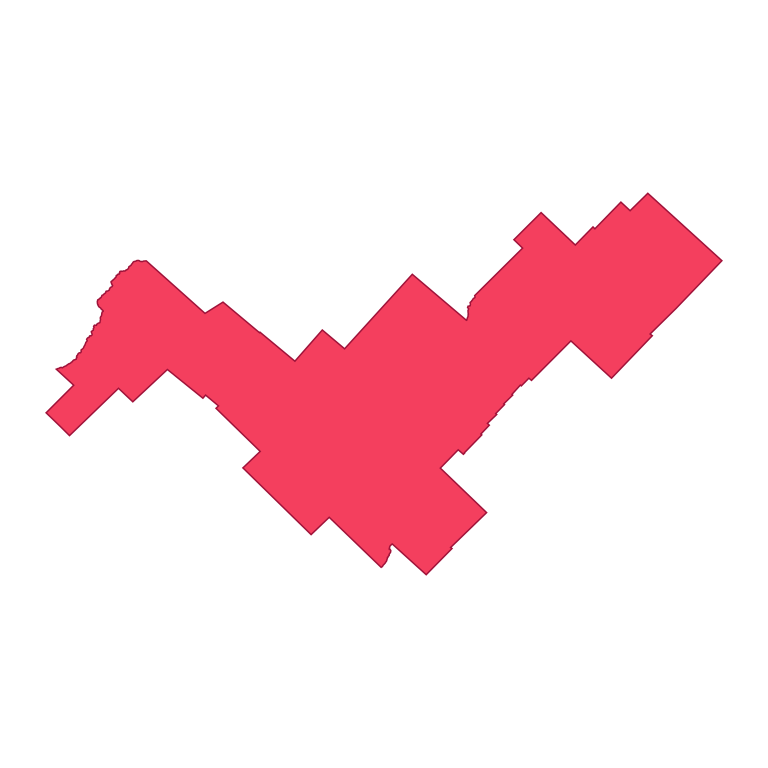 outline of Tapalqué, Buenos Aires, Argentina
{"feature_id": "61730980B32563213852789", "entity_name": "Tapalqué", "entity_type": "district", "adm_level": 2, "iso_a3": "ARG", "parent_name": "Argentina", "parent_adm1": "Buenos Aires", "projection": "robinson", "projection_center": [-60.563, -36.37], "detail": "fine", "context": "isolated", "style": "filled", "palette": "rose", "viewbox_px": 768, "rotation_deg": 0, "n_neighbors": 0, "source": "geoboundaries", "source_scale": "gbopen_adm2", "svg_char_len": 5855}
<svg xmlns="http://www.w3.org/2000/svg" viewBox="0 0 768 768"><path d="M647.8,193.3L630.1,210.7L620.9,202.1L594.9,228.8L593.0,226.9L575.3,245.0L541.1,212.6L513.9,239.7L522.6,248.1L474.7,295.6L474.9,296.0L474.9,296.3L474.9,296.9L475.0,297.2L474.9,297.6L474.2,298.1L473.8,298.2L473.3,298.5L472.5,299.9L471.6,300.9L471.5,301.3L471.3,301.6L470.7,301.9L470.4,302.2L470.1,302.6L470.3,303.4L470.3,303.9L470.4,304.4L470.4,304.7L470.3,305.0L470.2,305.6L469.9,305.9L469.2,305.9L468.7,306.2L468.4,306.3L468.1,306.2L467.6,307.3L467.6,307.7L467.9,307.9L468.3,308.2L468.6,308.7L468.4,309.7L468.1,310.1L468.0,310.5L468.0,310.9L468.1,312.2L468.1,312.7L468.1,313.1L468.3,313.6L468.4,314.1L468.2,314.3L468.1,314.7L468.1,315.1L468.1,316.0L468.1,316.3L467.8,317.0L467.7,317.2L467.3,318.1L467.0,319.2L466.8,319.8L466.8,320.1L466.6,320.2L466.4,320.3L412.3,274.3L344.6,348.8L322.3,330.0L294.9,361.2L260.0,332.2L259.5,332.7L223.0,302.1L205.0,313.4L146.3,260.9L145.6,260.9L145.2,261.0L143.9,261.0L142.5,261.5L142.1,261.6L141.7,261.5L140.8,261.5L140.4,261.4L139.9,261.2L139.6,261.0L139.3,260.7L138.8,260.5L138.4,260.5L137.1,260.5L136.7,260.6L136.3,260.8L135.9,261.2L134.1,261.5L133.7,261.7L133.3,262.0L133.0,262.3L132.7,262.8L132.6,263.1L132.3,263.5L131.4,264.4L131.1,265.2L130.8,265.5L130.6,265.7L129.6,266.2L129.1,266.6L128.8,266.9L128.7,267.3L128.6,268.1L128.3,268.6L127.3,269.5L126.9,269.7L126.0,270.0L125.8,270.4L125.1,270.9L124.7,271.0L123.6,270.9L123.3,271.0L122.9,271.2L121.9,271.4L121.5,271.3L121.1,271.1L120.9,271.2L120.7,271.4L120.4,271.3L119.9,271.5L119.8,272.1L119.6,272.2L119.5,272.4L119.6,272.6L119.5,273.1L119.6,273.6L119.4,273.7L119.4,273.9L119.2,274.1L118.9,274.0L118.6,274.0L118.4,274.2L118.1,274.2L117.8,274.3L117.5,274.9L117.3,275.1L117.0,275.1L116.8,275.3L116.4,275.4L116.2,275.7L116.1,276.2L116.2,276.6L116.2,276.8L115.6,277.5L115.0,278.0L114.8,278.2L114.7,278.5L114.4,278.8L113.8,279.3L113.4,279.6L113.2,279.7L112.8,280.3L112.3,280.6L112.2,280.8L111.3,281.4L111.1,281.6L111.0,282.0L111.3,282.9L111.6,283.2L111.6,283.8L111.8,284.2L112.0,284.3L112.2,285.1L112.4,285.2L112.6,285.6L112.5,285.8L112.2,286.5L111.9,286.8L111.0,287.1L110.5,287.5L110.2,287.6L109.8,288.6L109.5,288.9L109.5,289.1L109.4,289.5L109.3,290.0L108.9,290.3L107.9,290.9L107.2,291.2L106.4,291.1L106.0,291.3L105.9,291.5L105.8,292.4L105.6,292.8L105.1,293.2L104.8,293.5L104.4,293.6L104.0,294.0L103.4,294.7L103.0,295.0L102.2,295.2L101.9,295.5L101.7,296.2L101.5,296.7L100.9,297.7L100.5,297.8L100.3,298.0L100.0,298.1L99.9,298.5L99.0,299.0L98.9,299.2L98.7,299.5L98.2,299.6L97.7,299.9L97.6,300.2L97.6,300.6L97.3,301.5L97.3,302.1L97.4,302.3L97.4,302.5L97.4,303.3L97.5,303.6L97.6,304.2L97.8,304.6L98.1,304.8L98.1,305.3L98.1,305.6L98.5,306.0L98.7,306.5L98.8,306.7L99.8,307.5L100.4,307.8L100.8,308.3L101.2,309.1L101.6,309.2L101.8,309.4L102.0,309.8L102.2,310.0L102.5,310.1L103.0,310.6L103.2,311.0L103.2,311.3L103.0,311.5L102.5,311.8L102.2,312.0L102.1,312.3L102.0,312.5L102.0,312.8L101.8,313.4L101.7,314.4L101.7,314.7L101.6,315.0L101.5,315.6L101.4,315.9L100.7,316.8L100.4,317.3L100.3,318.1L100.5,319.7L100.2,320.7L100.1,321.8L99.9,322.6L99.7,322.8L98.9,323.0L98.2,323.2L97.3,323.9L97.0,324.1L96.7,324.3L96.6,324.7L96.4,325.3L95.7,325.4L95.2,325.2L94.9,325.2L94.6,325.3L94.4,325.2L94.0,325.7L93.6,326.5L93.8,326.8L94.0,327.0L94.0,327.3L94.0,327.6L93.8,327.9L93.4,328.4L93.3,328.6L93.3,329.0L93.4,329.8L93.3,330.1L92.1,331.0L91.8,331.2L91.5,331.3L91.3,331.5L91.3,331.9L91.4,332.3L91.8,333.2L91.9,333.6L92.1,334.1L92.1,334.7L91.8,335.2L91.4,335.6L91.1,335.8L90.7,335.9L90.2,335.7L89.7,335.9L89.4,336.3L89.3,336.8L89.3,337.0L89.0,337.4L88.7,337.5L88.4,337.5L88.1,337.6L87.5,338.1L87.2,338.4L86.7,339.2L86.6,339.5L86.7,339.8L87.0,340.2L87.2,340.4L87.2,340.8L86.7,341.5L86.0,342.2L85.8,342.5L85.7,343.0L85.5,343.4L85.4,343.8L85.0,344.7L84.9,345.1L84.6,345.6L84.2,346.1L84.0,346.5L83.9,346.9L83.7,347.3L83.6,347.7L83.3,348.1L82.7,348.8L82.2,349.1L81.9,349.4L81.1,350.0L81.1,350.3L81.1,350.7L81.1,351.0L81.3,351.2L81.3,351.4L81.2,351.9L80.7,352.4L80.5,352.8L80.1,352.8L79.3,352.8L79.1,352.9L78.6,353.3L78.1,353.7L77.6,354.9L77.3,355.3L76.9,355.6L76.6,356.4L76.6,356.8L76.9,357.2L76.8,357.5L76.4,357.9L76.3,358.2L76.4,358.6L76.3,358.9L76.2,359.2L75.1,359.6L74.4,359.9L74.0,359.9L73.1,360.5L72.3,361.7L71.3,362.2L70.8,362.9L70.5,363.1L69.4,363.7L69.0,363.7L68.5,364.0L66.5,365.4L66.3,365.7L65.9,365.9L65.1,366.2L64.4,366.5L63.5,367.0L62.6,367.7L62.2,367.8L61.9,367.6L61.4,367.4L60.9,367.5L60.3,367.5L59.9,367.7L59.2,368.2L58.6,368.4L58.0,368.5L57.1,368.9L56.3,369.2L73.7,385.2L46.1,412.8L60.1,426.3L69.5,435.6L118.5,388.3L132.8,401.8L167.4,369.5L202.9,398.2L205.6,395.1L218.5,405.9L216.0,408.3L260.2,451.4L242.9,467.9L311.1,534.6L329.2,517.3L381.1,567.3L381.2,567.2L381.9,566.9L382.2,566.7L382.4,566.5L382.7,566.1L383.3,565.0L384.0,564.4L384.5,563.8L385.1,563.2L385.4,562.7L385.6,562.3L385.9,561.9L386.2,561.6L386.4,561.3L386.6,560.8L386.7,560.6L386.8,560.2L386.8,559.8L386.9,559.5L387.3,558.8L387.4,557.7L387.5,557.4L387.8,557.3L388.0,557.2L388.1,556.7L388.3,556.4L388.7,555.9L389.0,555.7L389.2,555.3L389.2,555.0L389.1,554.6L389.1,554.4L389.3,554.2L389.6,553.6L390.2,552.9L390.6,552.2L390.7,551.2L390.8,550.9L390.8,550.6L390.6,550.2L390.4,549.9L390.0,549.2L389.8,549.1L389.5,549.4L389.3,549.4L389.2,549.1L389.2,548.8L389.4,548.5L389.4,548.3L389.4,548.0L389.6,547.8L389.6,547.2L389.7,546.6L389.9,546.4L390.2,545.8L390.4,545.5L391.4,544.7L391.6,544.5L391.8,544.2L392.0,544.1L392.3,544.0L426.2,574.7L452.0,548.5L450.6,547.5L486.6,512.6L440.3,468.1L458.2,449.8L463.4,454.3L464.6,453.1L464.4,452.8L481.8,434.9L480.9,434.0L489.3,425.2L487.4,423.4L496.7,414.5L495.7,413.6L504.5,404.6L503.7,403.9L512.7,395.1L512.0,394.3L517.1,388.7L520.3,385.1L521.3,385.9L528.9,378.2L531.5,380.4L570.9,340.9L611.5,378.2L652.3,335.7L650.1,334.0L676.1,308.4L721.9,260.7L647.8,193.3Z" fill="#f43f5e" stroke="#9f1239" stroke-width="1.5"/></svg>